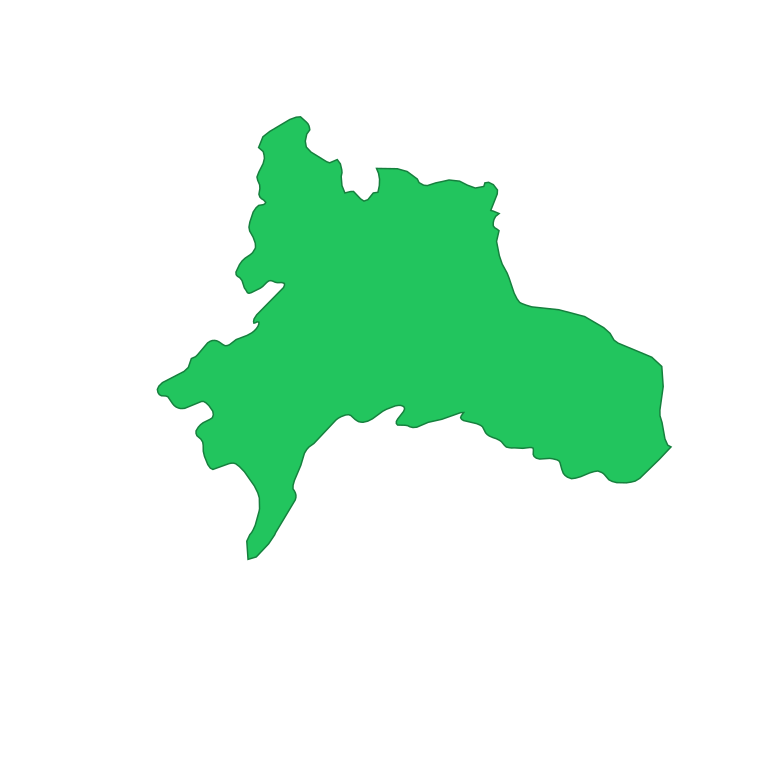 Roscommon, Natural Earth projection, rotated 312°
{"feature_id": "IRL-727", "entity_name": "Roscommon", "entity_type": "County", "adm_level": 1, "iso_a3": "IRL", "parent_name": "Ireland", "parent_adm1": "", "projection": "natural_earth1", "projection_center": [-8.318, 53.695], "detail": "fine", "context": "isolated", "style": "filled", "palette": "green", "viewbox_px": 768, "rotation_deg": 312, "n_neighbors": 0, "source": "natural_earth", "source_scale": "10m", "svg_char_len": 4203}
<svg xmlns="http://www.w3.org/2000/svg" viewBox="0 0 768 768"><g transform="rotate(312 384 384)"><path d="M577.6,584.2L568.9,593.2L549.2,606.5L545.1,610.3L541.4,616.4L531.2,629.5L528.4,635.8L529.3,639.4L512.4,639.0L485.1,637.2L479.9,635.6L476.5,633.3L472.7,630.2L466.4,622.9L464.3,618.8L463.3,615.2L464.2,608.2L464.2,606.7L463.9,604.9L462.4,601.1L459.6,598.8L455.5,596.3L446.8,592.2L442.3,589.4L439.1,586.7L437.5,582.6L437.2,579.6L437.6,577.0L439.7,573.0L443.4,567.3L443.9,565.4L443.4,563.3L441.3,559.4L439.6,556.9L432.4,549.9L430.8,546.8L430.6,544.0L431.5,542.0L434.9,539.2L436.1,537.8L435.5,536.2L434.2,534.7L429.1,530.2L423.6,523.4L421.9,521.7L420.5,519.7L419.0,517.1L419.0,514.6L419.7,509.9L419.5,507.7L418.4,503.8L417.1,500.9L415.8,497.0L415.5,494.5L415.7,492.2L418.1,485.9L418.0,484.0L417.6,482.4L416.5,479.3L410.1,467.6L409.7,465.5L410.2,463.5L412.1,462.7L416.1,462.3L414.0,460.1L396.5,450.6L385.1,442.5L373.9,437.3L371.0,434.6L369.5,431.8L368.9,429.5L367.4,427.2L362.6,421.6L362.9,419.6L364.5,418.2L367.1,417.6L376.7,416.9L379.2,416.0L380.3,414.4L380.1,412.5L379.2,410.6L377.7,409.0L375.4,407.1L366.8,402.7L362.9,401.3L350.4,398.7L345.5,396.8L341.5,394.0L340.2,392.3L339.0,390.3L338.6,388.3L338.3,386.1L338.4,380.4L337.5,378.2L335.3,376.2L331.1,374.0L328.0,372.9L325.2,372.4L292.9,371.7L287.1,370.4L283.6,370.4L279.3,371.2L267.9,376.6L252.3,382.0L247.9,384.2L245.2,386.5L244.6,388.9L243.7,391.1L242.5,392.9L240.8,394.4L238.5,395.6L201.1,402.9L198.7,403.7L188.1,405.2L170.0,404.8L162.7,400.3L175.4,387.2L182.3,385.1L185.1,385.0L187.9,384.4L192.9,382.8L206.1,376.2L208.0,375.0L215.9,367.6L218.7,363.0L221.5,355.9L225.4,339.0L225.9,331.8L225.5,327.1L224.5,325.1L222.9,323.4L221.1,322.1L206.0,314.0L205.3,311.2L206.2,307.0L210.1,299.0L213.1,294.7L217.4,290.7L219.5,288.2L220.5,284.8L220.4,279.6L221.5,277.4L223.4,275.7L227.6,274.9L231.0,274.9L234.2,275.5L241.5,278.4L244.1,279.0L246.9,277.8L249.2,275.0L250.8,268.3L250.9,264.4L250.3,261.5L248.8,260.0L232.6,252.2L231.0,250.7L229.6,249.2L228.6,247.3L227.8,245.0L227.6,242.5L227.9,240.1L229.9,231.9L229.1,229.9L226.3,226.4L225.8,224.1L226.4,221.8L228.3,219.2L231.8,218.1L236.8,218.4L259.6,227.0L265.4,227.5L274.0,223.8L278.2,225.7L280.8,225.9L296.5,225.4L299.4,226.2L301.4,227.3L303.1,229.0L304.2,230.8L304.9,233.1L305.5,237.9L306.1,240.3L307.7,241.8L309.8,242.9L318.1,244.4L328.4,249.7L333.5,251.5L336.5,252.0L339.7,252.1L342.6,251.7L344.9,250.8L346.2,249.7L345.2,248.0L343.7,247.6L342.2,246.6L343.1,245.3L345.4,243.9L350.2,243.1L388.5,244.8L390.7,244.0L392.1,242.7L391.1,240.3L387.9,236.9L386.8,235.0L386.1,232.7L385.2,230.8L383.6,229.4L381.1,228.9L375.3,228.6L372.6,228.0L363.0,224.2L361.3,223.1L360.7,222.3L360.5,221.3L361.3,218.9L362.0,215.9L365.9,209.2L366.5,205.7L366.0,203.0L366.3,201.0L368.1,199.1L376.1,196.7L380.6,196.2L384.7,196.6L390.5,198.1L393.6,198.5L398.9,197.5L400.4,196.3L402.6,194.0L405.5,188.6L407.8,181.8L410.2,178.7L414.5,176.0L424.3,171.7L429.4,171.0L432.9,171.4L436.4,174.2L438.0,174.9L439.9,174.5L440.2,171.4L439.7,169.0L439.9,166.6L441.3,164.1L446.2,161.0L448.8,158.3L450.9,153.8L452.8,151.1L457.7,149.2L466.9,146.7L471.6,144.2L473.7,141.9L475.9,138.7L475.8,132.6L486.7,128.6L495.3,130.1L517.5,137.0L523.5,140.2L526.7,143.2L526.7,150.9L526.5,153.3L525.7,155.4L524.6,157.1L523.2,158.8L518.0,159.4L511.8,163.0L508.1,167.7L507.5,174.6L510.8,192.6L512.0,195.6L519.5,199.1L518.4,204.3L514.9,209.3L512.9,211.4L509.6,213.3L503.3,220.0L499.8,227.1L504.7,230.4L506.7,232.5L505.9,242.8L506.5,246.7L510.2,248.7L518.8,248.2L522.4,251.2L528.3,247.8L533.2,243.7L536.9,239.0L539.2,234.2L552.9,249.9L557.4,259.0L558.6,271.6L557.1,275.3L558.3,280.5L560.5,283.5L568.1,287.9L573.3,291.7L579.1,295.8L585.3,304.4L587.6,313.0L590.7,320.7L597.6,326.0L601.0,324.4L603.9,326.8L605.3,331.9L604.1,338.5L601.0,341.0L584.4,347.2L585.6,349.5L587.7,355.5L583.3,354.8L579.7,355.7L576.9,357.3L574.7,359.3L574.2,361.6L574.7,364.4L574.9,366.9L565.3,372.2L556.5,383.9L552.2,391.6L548.8,401.3L546.4,406.1L538.6,419.9L536.3,425.8L535.4,430.2L536.0,432.5L537.7,436.9L540.2,442.2L556.2,464.3L568.4,488.0L572.9,509.7L572.9,518.1L570.5,525.6L571.0,530.6L583.1,565.1L582.9,578.7L577.9,583.9L577.6,584.2Z" fill="#22c55e" stroke="#15803d" stroke-width="1.5"/></g></svg>